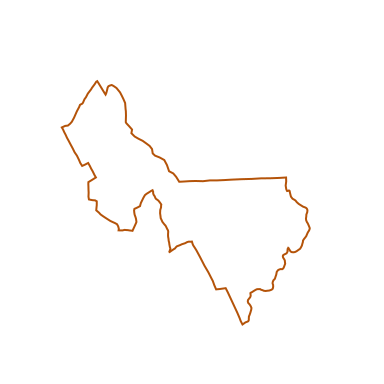 Al-Amara, Maysan, Iraq (Albers equal-area conic projection), rotated 64°
{"feature_id": "34846034B34105115765151", "entity_name": "Al-Amara", "entity_type": "district", "adm_level": 2, "iso_a3": "IRQ", "parent_name": "Iraq", "parent_adm1": "Maysan", "projection": "albers", "projection_center": [47.067, 32.106], "detail": "fine", "context": "isolated", "style": "outline", "palette": "amber", "viewbox_px": 384, "rotation_deg": 64, "n_neighbors": 0, "source": "geoboundaries", "source_scale": "gbopen_adm2", "svg_char_len": 4464}
<svg xmlns="http://www.w3.org/2000/svg" viewBox="0 0 384 384"><g transform="rotate(64 192 192)"><path d="M333.2,204.7L333.1,203.9L332.6,201.1L332.8,199.4L332.8,198.1L332.0,197.1L330.8,196.5L328.8,195.4L327.8,194.2L326.1,192.5L323.8,190.4L322.3,189.4L321.1,189.3L319.6,189.3L317.9,189.6L316.5,190.1L315.0,189.9L313.7,189.1L312.7,187.2L312.2,186.0L311.5,185.2L310.5,184.5L309.0,184.1L308.3,183.6L308.3,182.1L308.1,180.5L307.9,178.6L307.8,176.6L308.1,175.5L308.5,174.7L309.1,173.4L310.1,172.8L311.3,171.5L312.2,170.8L313.2,169.3L313.5,168.4L313.9,167.2L314.4,165.9L314.6,164.5L314.7,163.2L314.3,161.8L312.8,160.6L311.0,159.8L309.6,159.7L308.4,159.0L307.1,157.6L306.3,155.5L304.9,154.2L303.2,152.5L301.0,150.9L300.0,149.1L299.9,147.7L300.1,146.2L300.9,144.8L300.8,143.9L300.3,142.9L299.7,142.2L297.3,139.7L296.1,139.3L294.2,138.6L292.9,138.6L291.7,138.8L290.5,138.8L289.5,138.5L288.8,137.9L288.6,136.7L288.6,135.6L288.6,133.9L288.1,133.2L287.3,132.1L286.6,131.9L285.1,131.0L284.4,130.0L284.8,129.8L285.6,129.8L287.4,129.6L288.5,129.5L289.6,128.9L290.6,127.4L291.1,125.8L291.1,124.0L290.8,122.3L290.4,119.7L289.5,118.3L288.3,116.7L287.0,115.6L285.6,114.3L284.3,113.5L283.4,112.0L282.5,110.1L281.7,108.6L280.7,107.5L279.1,105.6L277.9,103.6L276.6,102.3L276.0,102.0L275.0,101.9L273.6,101.8L270.9,101.7L269.5,101.9L267.5,101.8L265.8,101.2L264.2,100.1L262.4,99.1L260.7,97.3L259.1,96.3L258.3,96.1L257.2,96.1L256.2,96.5L255.2,97.3L254.0,98.5L251.6,100.0L249.5,101.3L247.0,102.3L245.1,102.7L244.0,103.3L242.1,104.6L239.5,105.1L235.7,104.3L233.9,103.8L233.1,104.2L233.1,105.2L232.8,106.1L231.6,106.1L230.6,106.0L227.3,105.0L223.8,102.7L220.2,101.1L217.6,107.4L213.8,116.0L210.1,123.7L206.5,132.4L202.1,142.1L198.2,151.1L195.5,157.6L192.2,165.2L189.4,170.9L187.1,177.4L183.6,184.1L181.2,189.4L178.9,195.0L177.2,199.0L171.4,199.6L167.1,200.7L163.3,203.5L156.8,202.7L151.1,202.9L150.1,203.6L146.7,206.0L143.1,209.3L140.1,210.4L135.9,209.1L132.0,209.9L128.5,211.7L124.4,213.9L120.6,216.8L117.0,219.2L112.6,220.7L109.6,218.5L105.2,219.7L102.3,220.6L101.2,220.9L100.2,220.9L94.3,217.8L90.3,216.0L88.5,215.4L82.7,213.1L78.3,212.9L74.6,212.9L70.9,213.0L65.4,214.3L62.9,215.7L61.2,216.8L60.6,217.4L60.3,219.4L60.3,220.7L61.1,222.0L63.6,224.0L65.9,226.1L66.6,227.0L65.0,227.2L59.6,227.7L54.4,228.2L54.1,228.2L50.8,228.6L50.9,229.7L52.5,232.3L54.5,236.2L55.5,237.7L57.9,242.5L60.3,245.7L61.5,248.0L64.0,250.9L64.5,251.9L64.5,252.4L64.5,253.4L64.6,254.5L66.1,256.1L69.0,260.1L73.4,265.3L76.2,269.2L77.2,271.6L77.9,274.4L77.0,277.0L76.9,280.7L79.3,280.5L82.1,280.6L85.3,280.5L88.3,280.6L92.3,280.4L95.8,280.3L98.2,280.2L100.8,280.1L104.8,280.1L108.9,279.5L113.2,279.5L115.5,279.6L116.8,279.7L120.4,279.3L120.5,276.4L120.4,272.6L123.8,272.4L126.9,272.4L129.8,272.2L133.8,272.2L136.8,272.0L137.1,274.7L137.4,277.5L137.7,280.8L139.4,281.7L141.9,282.8L144.5,284.0L147.3,285.2L150.8,287.1L153.5,287.9L154.3,286.9L155.8,284.9L157.0,282.8L158.6,281.7L159.7,282.2L162.1,283.4L164.5,284.9L166.5,286.1L169.7,284.7L172.1,284.0L174.7,282.6L177.6,280.9L179.9,279.5L182.2,278.1L184.2,276.5L186.1,274.9L188.1,273.5L190.5,273.4L193.0,273.9L194.3,274.8L196.1,271.2L196.2,270.6L196.5,269.2L197.3,267.9L198.2,266.3L199.1,265.1L200.3,263.2L200.8,262.5L200.3,261.9L198.0,259.1L195.7,256.3L194.6,255.1L194.1,254.9L191.6,254.1L190.0,253.8L187.2,253.5L185.2,252.9L183.1,252.1L181.9,251.1L182.0,248.9L182.0,247.0L181.9,244.9L180.7,243.9L179.4,242.7L178.0,240.9L175.8,238.1L174.2,235.7L173.7,233.6L173.5,231.5L173.3,229.7L173.1,228.0L173.1,226.7L174.7,226.8L175.9,227.4L177.5,227.7L179.5,227.4L180.9,227.5L181.8,227.5L182.8,227.2L183.7,226.6L185.2,225.9L185.9,225.8L187.1,225.5L188.4,225.3L189.8,225.1L190.6,225.7L192.3,226.6L194.2,228.4L197.1,230.0L199.6,230.8L201.8,231.6L203.6,231.6L205.8,231.7L208.2,231.2L209.9,230.8L210.2,230.6L211.4,230.5L212.8,230.5L214.7,230.5L216.0,230.4L217.3,230.8L219.2,231.9L220.6,232.6L221.8,233.1L223.6,233.6L225.8,234.4L227.4,234.7L229.1,235.3L231.7,236.0L233.6,236.3L234.2,237.0L235.0,237.7L235.7,238.5L236.1,238.5L236.1,237.7L235.9,237.0L235.6,234.9L235.4,233.5L235.3,232.1L234.7,230.9L234.2,229.5L234.3,228.2L234.5,226.0L234.5,224.1L235.0,220.7L234.9,218.3L235.2,216.7L236.0,215.2L236.5,213.8L238.8,214.2L240.5,214.3L243.6,213.9L246.5,213.6L253.9,213.3L263.7,213.1L271.3,212.5L277.7,212.4L281.1,212.3L285.5,212.8L290.1,213.0L291.4,209.5L293.2,203.9L297.7,203.8L308.6,204.0L320.4,204.2L326.4,204.5L329.3,204.8L333.2,204.7Z" fill="none" stroke="#b45309" stroke-width="2"/></g></svg>